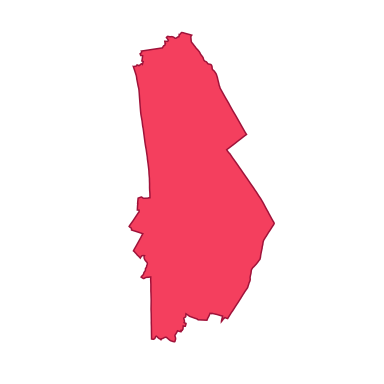 Gia Rai, Bạc Liêu, Vietnam, rotated 104°
{"feature_id": "81297802B74217032443586", "entity_name": "Gia Rai", "entity_type": "district", "adm_level": 2, "iso_a3": "VNM", "parent_name": "Vietnam", "parent_adm1": "Bạc Liêu", "projection": "albers", "projection_center": [105.394, 9.263], "detail": "fine", "context": "isolated", "style": "filled", "palette": "rose", "viewbox_px": 384, "rotation_deg": 104, "n_neighbors": 0, "source": "geoboundaries", "source_scale": "gbopen_adm2", "svg_char_len": 5949}
<svg xmlns="http://www.w3.org/2000/svg" viewBox="0 0 384 384"><g transform="rotate(104 192 192)"><path d="M84.4,279.3L89.0,276.4L92.6,274.2L94.4,273.4L95.6,273.0L96.8,272.4L102.0,270.0L104.5,268.7L105.7,268.2L109.2,267.0L110.8,266.5L115.7,264.9L125.6,261.6L126.5,261.3L127.6,260.9L129.4,260.2L135.2,257.6L137.1,256.9L140.0,255.8L142.3,254.7L155.3,249.6L159.1,248.0L161.7,246.8L164.9,245.5L169.0,243.8L170.6,243.3L175.3,241.4L181.1,239.2L182.0,238.9L184.7,238.1L189.1,236.6L191.0,236.1L194.5,235.1L197.8,234.3L200.6,233.5L203.6,232.5L207.7,231.4L207.9,232.2L208.0,232.4L208.4,232.9L208.6,233.2L209.8,237.4L209.7,237.9L209.7,238.2L209.1,239.6L209.1,240.0L211.0,242.8L212.4,242.6L216.2,242.0L216.2,241.8L218.5,241.5L222.7,240.7L222.4,239.0L224.1,238.5L224.7,238.9L231.2,241.2L234.6,242.4L238.3,243.9L240.6,244.7L240.9,244.2L241.1,243.9L241.7,242.3L242.2,241.9L242.4,241.8L243.5,241.5L244.1,232.7L244.4,229.6L246.5,230.2L248.8,230.7L257.4,233.0L261.2,234.1L263.3,234.6L263.8,233.5L264.5,232.6L265.3,231.3L266.5,229.7L267.2,228.3L268.6,226.2L268.0,226.1L267.2,225.7L266.4,225.5L266.2,225.4L266.0,225.1L265.7,224.6L265.3,223.3L265.3,222.9L265.3,222.7L265.6,222.8L266.1,222.8L266.6,222.8L267.2,222.6L267.8,222.4L268.5,221.9L269.1,221.4L269.4,221.1L270.5,219.7L271.2,218.6L271.4,218.4L271.6,218.3L272.3,218.0L272.8,217.9L273.3,217.9L274.3,218.1L274.7,218.1L275.9,218.0L276.4,218.1L276.9,218.4L277.5,218.6L277.9,218.6L278.9,218.3L279.9,218.4L280.5,218.6L281.4,219.0L281.7,219.1L283.7,219.2L285.1,219.9L286.1,220.6L286.3,220.7L287.0,220.7L287.1,220.1L287.7,218.4L287.7,218.1L287.6,217.8L287.4,217.5L286.7,216.8L286.3,216.3L285.8,215.5L285.4,214.0L284.4,211.5L285.6,211.2L286.7,211.0L291.4,209.6L298.2,207.9L300.2,207.3L306.7,205.5L310.9,204.5L315.6,203.4L320.1,202.1L324.7,200.9L326.9,200.3L328.7,199.9L332.2,198.9L344.4,195.7L344.3,194.0L344.2,193.7L343.9,193.3L343.5,192.9L343.2,192.7L342.6,192.5L341.2,192.3L340.9,192.2L340.6,191.8L340.5,191.6L340.6,191.3L341.4,190.0L342.1,188.6L342.2,188.3L342.3,187.6L342.4,187.3L342.9,186.4L342.8,186.2L342.7,186.2L342.0,186.4L341.9,186.3L341.8,186.2L341.4,185.3L341.2,185.0L340.2,183.9L339.8,183.4L339.4,182.7L339.2,182.2L339.2,181.9L339.4,181.2L339.7,180.7L340.1,179.9L341.0,178.1L341.4,177.1L341.5,176.6L341.6,175.1L341.7,174.2L341.6,173.1L341.5,172.6L341.2,172.4L340.8,172.4L339.7,172.4L339.2,172.3L338.5,172.4L338.0,172.5L337.3,172.8L336.6,173.2L335.9,173.7L335.6,173.8L335.1,173.8L334.6,173.7L332.2,172.9L330.9,172.6L330.2,172.5L330.3,170.8L330.3,169.2L330.3,168.9L330.1,168.8L329.6,168.7L329.5,168.8L329.4,169.1L329.2,169.2L328.9,169.2L328.8,168.2L328.6,168.0L328.3,168.0L327.3,167.6L327.0,167.6L326.1,167.8L324.1,168.1L324.1,166.6L324.0,166.2L323.9,166.0L321.8,165.9L321.0,166.0L321.0,166.9L320.9,167.1L320.7,167.2L320.6,168.1L319.5,168.0L319.0,168.1L318.5,168.4L318.0,168.6L317.1,169.3L316.8,169.4L316.4,169.4L316.1,169.3L315.7,168.9L315.1,168.3L314.6,168.0L314.2,167.9L313.8,168.0L312.0,168.4L311.6,168.4L312.5,166.0L313.2,164.3L313.8,158.5L313.9,156.4L314.1,156.3L314.2,156.1L314.5,155.2L314.5,154.9L314.2,153.5L312.8,146.5L310.7,146.2L308.4,145.6L305.3,145.1L305.3,143.4L304.9,143.3L304.9,142.5L304.8,138.0L305.0,134.2L305.0,132.3L310.1,132.2L310.6,132.1L309.3,131.5L306.8,130.6L306.9,130.3L306.0,129.9L305.9,129.8L305.8,129.6L305.9,129.1L306.1,128.5L306.2,126.8L299.3,124.6L297.4,123.8L292.0,122.0L287.2,120.3L285.3,119.7L282.7,118.8L282.1,118.7L281.1,118.3L279.1,117.7L277.2,117.0L276.4,116.8L271.4,114.9L269.6,114.8L268.1,114.7L266.2,114.6L264.6,114.3L263.9,114.3L263.1,114.3L262.3,114.5L261.1,114.9L260.5,115.0L258.6,115.1L256.8,115.1L254.4,115.4L253.4,115.5L252.7,115.4L250.6,114.7L249.8,114.1L246.4,112.2L243.7,111.0L242.1,110.4L241.0,109.8L240.3,109.8L238.6,109.8L237.4,110.0L236.1,110.1L234.9,110.2L229.3,110.4L228.5,110.6L225.9,110.6L224.3,110.8L223.0,110.9L221.9,110.8L221.1,110.7L219.0,110.0L218.2,109.8L217.3,109.4L212.5,107.9L210.7,107.2L206.2,105.7L204.0,104.9L203.1,104.7L202.4,104.7L201.2,105.7L200.7,106.3L199.8,107.1L199.0,107.9L196.6,110.1L194.0,112.5L193.1,113.2L191.9,114.4L189.3,116.8L185.8,119.9L182.9,122.7L181.6,124.0L179.4,126.5L176.6,129.4L174.8,131.5L172.9,133.5L172.0,134.6L169.3,137.7L165.6,141.8L163.8,143.9L161.6,146.4L160.4,147.8L159.2,149.1L156.7,152.0L154.2,154.8L149.2,160.7L145.5,164.8L145.3,165.4L144.9,165.9L143.9,167.2L142.6,168.6L134.0,161.7L132.5,160.6L126.8,156.1L124.5,154.3L123.0,153.0L120.9,155.2L109.4,166.1L107.0,168.4L103.0,172.4L100.2,175.0L98.6,176.5L97.3,177.6L92.5,182.3L84.5,189.8L84.2,190.0L83.4,190.4L82.0,191.4L81.2,191.8L80.5,192.1L76.0,194.5L74.9,195.0L72.5,196.5L71.7,197.0L71.1,197.6L69.7,199.2L69.4,199.5L68.4,201.4L68.0,201.9L67.5,202.2L65.3,203.0L65.0,203.2L64.3,203.7L63.8,204.4L63.7,205.1L63.8,207.0L63.8,207.3L63.5,207.9L62.8,208.7L62.3,209.4L62.1,210.1L61.9,211.3L61.7,211.7L61.3,212.2L60.9,212.6L59.6,213.4L58.9,213.8L57.9,214.9L56.4,216.8L55.9,217.3L55.0,218.0L54.2,218.8L52.4,221.2L52.2,221.7L52.0,221.9L51.3,223.0L50.3,224.1L49.5,225.2L48.1,226.9L47.3,228.0L46.9,228.6L46.5,228.9L45.4,229.4L42.0,230.6L41.4,230.7L40.6,230.5L39.9,230.2L39.8,231.7L39.7,237.2L39.6,239.1L39.7,240.5L39.8,240.7L40.6,241.2L41.8,241.8L42.5,242.1L42.4,242.5L44.5,242.3L45.0,243.3L46.1,244.2L46.6,244.8L46.8,245.1L46.9,245.8L46.5,246.6L46.2,247.3L46.1,249.1L46.3,249.7L46.5,250.3L46.7,250.8L46.8,252.7L47.0,253.5L47.6,253.8L48.2,254.2L48.4,254.2L49.1,253.1L49.9,252.3L50.2,252.0L50.3,251.7L50.6,251.7L51.4,251.9L51.6,252.0L51.8,252.2L51.9,252.8L52.3,254.9L52.6,254.8L53.9,254.1L54.3,254.1L54.4,253.7L55.0,253.8L56.4,254.0L56.6,254.2L56.9,254.8L57.8,255.2L59.3,255.5L67.5,275.2L68.0,274.8L68.5,274.7L69.0,274.9L69.6,275.1L70.4,275.8L71.2,275.3L72.0,274.7L71.7,273.9L71.7,272.9L73.0,272.7L75.8,272.4L77.0,272.4L77.2,270.9L80.2,271.0L79.8,271.9L79.8,272.2L80.0,272.3L80.5,272.6L81.0,272.9L81.5,273.4L82.3,274.0L82.0,275.1L82.0,276.1L82.7,276.2L83.1,276.5L83.6,277.1L84.1,278.4L84.4,279.1L84.4,279.3Z" fill="#f43f5e" stroke="#9f1239" stroke-width="1.5"/></g></svg>